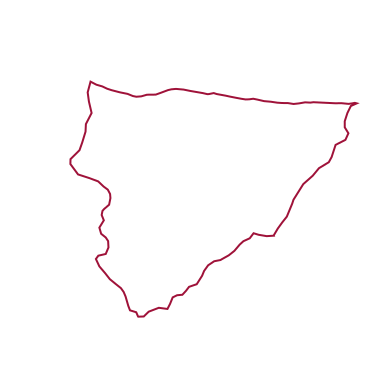 Agios Tychon, Limassol, Cyprus, rotated 198°
{"feature_id": "46923920B2520611836654", "entity_name": "Agios Tychon", "entity_type": "district", "adm_level": 2, "iso_a3": "CYP", "parent_name": "Cyprus", "parent_adm1": "Limassol", "projection": "albers", "projection_center": [33.134, 34.723], "detail": "fine", "context": "isolated", "style": "outline", "palette": "rose", "viewbox_px": 384, "rotation_deg": 198, "n_neighbors": 0, "source": "geoboundaries", "source_scale": "gbopen_adm2", "svg_char_len": 1751}
<svg xmlns="http://www.w3.org/2000/svg" viewBox="0 0 384 384"><g transform="rotate(198 192 192)"><path d="M62.7,327.2L64.7,327.1L67.0,325.8L70.3,324.2L77.1,322.7L83.4,320.6L104.3,314.9L107.0,313.6L112.2,312.2L117.7,309.3L122.6,307.1L128.3,306.2L133.7,304.5L138.5,303.3L145.0,302.2L151.5,300.7L158.3,300.1L162.6,299.6L166.3,297.8L169.6,296.6L173.9,295.9L179.2,295.2L185.9,294.4L189.9,294.0L198.8,292.8L201.9,292.8L206.3,290.3L207.7,289.8L212.3,289.4L224.7,287.6L231.7,286.8L239.1,285.1L243.3,283.3L246.3,281.5L252.2,276.8L256.6,273.4L260.5,272.1L264.9,270.6L269.8,267.3L274.4,265.4L277.9,265.0L283.6,265.4L291.5,264.5L299.9,264.0L304.6,264.0L309.9,264.7L316.1,264.5L322.6,265.6L322.5,263.8L322.0,254.5L318.0,246.2L311.9,236.1L313.9,223.8L311.9,216.5L311.7,205.1L311.9,197.0L317.7,185.7L316.3,181.0L305.8,173.5L294.3,173.5L284.5,173.1L277.8,169.9L272.8,168.2L269.3,164.8L267.7,161.0L266.9,154.3L270.3,148.7L271.3,146.4L270.8,142.2L267.1,137.8L269.1,129.5L265.5,124.2L260.0,122.1L256.6,119.4L254.3,113.4L254.9,106.4L261.4,102.5L262.7,98.6L257.1,92.6L249.6,88.0L243.2,83.7L236.3,81.0L229.9,78.6L226.1,75.8L222.9,72.1L217.4,64.0L214.4,60.3L207.9,60.4L204.8,56.9L204.6,56.8L199.4,58.7L196.2,64.8L187.8,71.6L179.2,73.2L178.3,78.8L177.8,85.8L174.3,89.2L169.4,91.3L167.2,96.1L165.5,100.9L159.0,105.8L156.5,115.5L156.1,120.7L154.0,127.3L149.5,133.0L143.9,136.1L142.6,137.6L137.5,143.1L133.5,149.1L130.4,156.7L127.9,161.1L122.8,165.8L120.7,171.8L115.4,171.9L107.3,173.1L100.8,175.7L100.9,175.8L99.1,183.8L96.8,190.9L94.2,197.9L93.1,211.9L93.1,215.9L93.1,216.0L88.6,233.9L82.2,244.8L78.6,253.9L71.1,262.6L70.0,268.4L70.0,281.2L62.2,289.0L61.4,296.2L66.7,300.7L68.6,306.5L68.6,315.2L67.5,322.9L62.7,327.2Z" fill="none" stroke="#9f1239" stroke-width="2"/></g></svg>